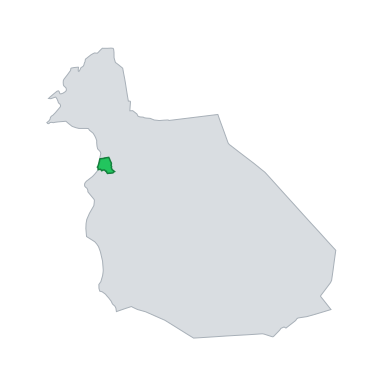 Madaoua, Tahoua, Niger (highlighted), rotated 83°
{"feature_id": "23599985B88186704259068", "entity_name": "Madaoua", "entity_type": "district", "adm_level": 2, "iso_a3": "NER", "parent_name": "Niger", "parent_adm1": "Tahoua", "projection": "natural_earth1", "projection_center": [6.217, 14.01], "detail": "fine", "context": "in_parent", "style": "filled", "palette": "green", "viewbox_px": 384, "rotation_deg": 83, "n_neighbors": 0, "source": "geoboundaries", "source_scale": "gbopen_adm2", "svg_char_len": 3655}
<svg xmlns="http://www.w3.org/2000/svg" viewBox="0 0 384 384"><g transform="rotate(83 192 192)"><path d="M301.5,281.6L298.0,281.7L296.0,282.4L293.4,284.6L290.6,285.5L287.1,287.5L285.0,289.0L282.9,290.3L280.1,293.3L279.2,295.6L276.4,296.1L272.4,295.7L269.9,293.4L264.1,290.9L260.3,289.9L258.6,289.6L249.7,289.2L240.2,290.2L235.4,291.3L234.5,291.6L231.8,293.0L229.5,294.6L223.4,302.1L215.3,301.8L210.5,301.0L206.5,299.8L200.7,296.4L193.6,291.1L190.9,290.4L188.4,289.9L187.6,290.0L179.2,295.3L177.5,295.2L175.5,295.8L174.2,297.1L173.3,297.7L172.3,297.8L170.9,297.6L169.6,296.8L168.3,295.3L164.8,289.4L164.1,288.4L162.6,286.6L160.1,283.9L158.4,282.7L157.4,282.3L156.2,282.5L149.4,280.2L142.6,277.8L141.1,278.1L140.1,278.6L137.7,280.4L135.0,280.7L131.4,280.6L129.5,280.3L126.4,281.0L124.4,281.7L121.7,282.9L118.1,286.3L117.1,286.7L116.3,287.3L115.1,296.5L114.1,299.2L112.3,302.9L108.8,306.4L106.4,308.5L106.3,311.4L106.1,316.0L106.1,319.2L106.3,321.3L105.9,322.3L105.7,323.2L105.8,324.6L106.4,325.2L106.7,326.1L106.5,326.8L105.4,327.6L104.1,325.5L102.5,324.0L100.7,323.4L99.6,322.3L98.9,320.8L96.6,317.9L91.3,312.2L90.8,312.1L89.9,311.9L88.4,312.5L87.5,313.5L86.8,313.8L85.8,313.9L83.3,314.6L81.3,315.6L81.2,316.3L82.2,320.7L81.7,323.0L80.8,321.9L77.9,317.5L75.9,314.3L75.5,313.6L75.3,312.4L75.5,312.0L76.3,311.6L78.1,311.2L78.5,310.9L78.6,310.0L78.3,308.3L77.3,306.1L76.2,304.6L75.6,304.3L74.5,304.2L73.3,304.4L71.0,306.3L70.0,306.6L67.7,306.5L65.6,306.1L64.3,305.2L60.6,301.5L56.5,297.7L54.7,297.2L54.3,296.8L54.1,293.8L54.2,290.3L54.4,289.4L56.1,289.9L58.0,290.2L58.6,289.6L57.1,288.3L55.0,287.0L54.2,285.1L53.6,284.4L52.7,283.8L51.6,283.4L50.5,282.9L49.7,282.3L48.5,282.0L47.2,281.6L45.3,278.5L43.5,275.5L42.5,273.1L42.1,271.7L42.7,269.2L42.1,268.2L40.1,265.8L38.4,263.5L38.9,259.9L39.2,256.9L39.3,255.0L39.5,254.0L39.8,252.8L40.9,252.4L43.8,252.4L49.3,253.0L53.8,252.3L54.1,252.2L57.2,249.0L60.7,245.7L66.0,245.4L71.7,245.0L76.1,244.8L82.6,244.6L87.9,244.4L94.0,244.1L94.2,242.6L94.5,242.2L95.1,242.1L99.6,243.0L103.8,243.8L104.1,240.9L107.8,237.2L109.9,236.5L110.5,235.8L111.1,234.6L111.5,232.7L111.7,231.4L112.5,230.3L113.1,228.2L113.8,224.6L115.9,220.8L117.1,215.7L117.3,210.7L117.6,206.9L118.2,206.2L118.2,199.5L118.2,192.7L118.2,187.0L118.2,179.9L118.2,173.7L118.2,167.0L118.2,160.9L118.2,156.9L122.4,156.0L126.8,155.0L133.2,153.5L140.2,151.9L147.7,150.2L149.4,149.2L155.1,143.4L157.7,140.8L162.8,135.6L166.8,131.5L171.8,126.4L177.1,121.3L181.3,117.2L187.9,112.5L197.9,105.5L207.9,98.5L217.8,91.5L227.8,84.5L237.7,77.5L247.6,70.4L257.6,63.4L267.4,56.4L277.5,59.1L287.1,61.6L296.7,64.2L298.9,65.6L304.1,70.6L310.7,77.0L311.0,77.1L311.3,77.1L317.5,73.3L325.6,68.4L327.9,81.7L329.7,93.1L329.9,100.4L330.0,102.2L330.7,103.5L332.2,104.8L338.5,115.3L337.2,117.1L338.2,120.4L339.8,121.8L344.9,128.1L345.6,129.3L345.3,130.3L341.9,137.6L341.3,139.4L340.8,148.8L340.4,155.4L339.8,164.5L339.1,175.4L338.6,184.6L337.9,196.7L337.2,208.2L332.2,214.5L323.2,225.6L315.9,234.7L312.3,240.8L305.2,252.7L302.0,260.4L299.5,264.4L298.3,266.1L299.4,271.8L301.5,281.6Z" fill="#d9dde1" stroke="#a8b0b8" stroke-width="1"/><path d="M147.8,279.2L148.7,279.7L150.3,280.1L152.8,281.2L154.9,282.1L155.8,282.9L156.7,282.3L158.4,282.3L158.3,281.3L158.2,280.3L158.6,279.7L159.9,279.1L159.9,278.8L159.4,278.0L159.4,277.7L159.5,276.1L161.0,275.0L161.0,274.4L162.3,274.2L163.3,273.6L163.3,273.0L163.2,271.7L163.4,271.3L163.4,268.2L162.5,267.2L162.3,266.4L161.7,266.9L160.0,268.6L157.9,269.1L157.2,268.7L156.4,268.8L155.7,269.1L154.4,268.6L153.5,268.5L150.9,269.4L149.2,269.8L147.5,270.4L147.6,274.8L147.9,274.8L147.8,279.2Z" fill="#22c55e" stroke="#15803d" stroke-width="1.5"/></g></svg>